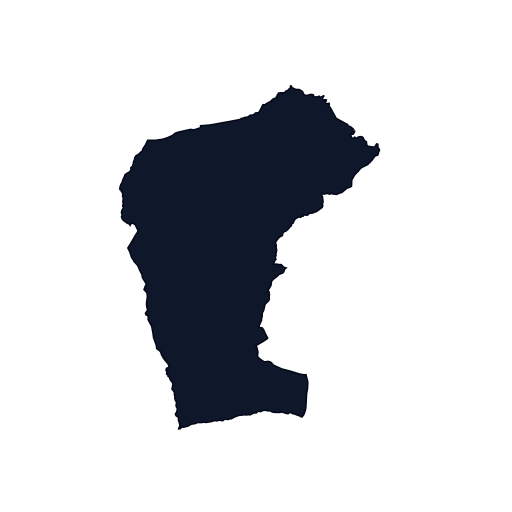 the district of Sogamoso, Boyacá, Colombia, rotated 54°
{"feature_id": "7082276B30941570566225", "entity_name": "Sogamoso", "entity_type": "district", "adm_level": 2, "iso_a3": "COL", "parent_name": "Colombia", "parent_adm1": "Boyacá", "projection": "robinson", "projection_center": [-72.881, 5.676], "detail": "fine", "context": "isolated", "style": "filled", "palette": "ink", "viewbox_px": 512, "rotation_deg": 54, "n_neighbors": 0, "source": "geoboundaries", "source_scale": "gbopen_adm2", "svg_char_len": 6144}
<svg xmlns="http://www.w3.org/2000/svg" viewBox="0 0 512 512"><g transform="rotate(54 256 256)"><path d="M217.4,366.4L221.9,365.8L222.4,366.4L223.5,366.8L227.0,369.4L227.3,370.2L228.2,370.6L228.8,371.5L230.5,372.8L232.5,374.1L235.7,375.3L236.5,376.5L237.0,378.4L237.5,379.2L239.1,379.6L240.7,378.5L243.2,379.8L243.9,380.7L251.5,381.7L258.4,385.0L261.8,386.9L268.5,388.8L271.2,389.9L272.5,390.8L276.6,389.6L278.2,389.7L280.3,390.5L282.9,390.7L284.6,391.1L285.2,390.8L287.1,391.0L288.8,390.7L289.4,390.4L290.0,390.8L290.9,390.4L292.1,390.4L292.4,390.9L293.0,390.6L293.7,391.2L294.3,391.3L294.9,392.0L294.3,393.9L294.3,394.4L295.3,395.9L296.4,396.0L297.8,396.6L298.8,397.7L300.4,397.3L301.6,397.9L302.9,397.4L306.3,398.2L308.5,398.0L310.6,398.3L314.2,402.1L315.3,402.3L316.6,401.9L317.1,402.2L318.7,402.2L320.0,403.5L321.8,404.1L323.3,405.3L325.6,406.2L327.2,406.1L327.8,406.4L329.7,408.4L330.7,409.0L332.7,409.2L333.9,409.9L335.6,412.0L336.0,412.7L336.2,413.8L336.6,414.2L338.1,414.6L340.5,413.8L341.6,413.9L343.6,415.5L345.8,416.0L348.5,417.3L349.2,418.0L349.5,419.2L350.4,420.2L351.2,418.7L350.9,417.2L351.0,416.3L352.0,415.1L353.6,411.2L353.9,409.4L353.7,407.6L354.3,407.1L354.7,405.7L355.7,404.2L356.3,401.4L358.5,398.3L360.4,395.0L361.2,394.5L363.9,389.1L365.0,385.9L366.2,384.9L367.6,381.7L369.7,379.9L369.7,377.7L370.1,376.5L371.9,374.8L372.4,372.6L373.1,371.9L373.9,366.6L374.6,364.9L374.6,364.1L378.0,358.2L379.0,357.3L379.6,355.8L381.0,354.3L381.6,350.8L382.2,349.3L383.1,348.1L382.9,345.5L383.6,344.6L384.6,343.9L385.2,340.9L386.7,338.6L388.2,337.6L389.2,336.0L390.2,335.2L391.7,334.6L393.8,332.5L396.6,328.7L397.3,326.9L401.6,323.7L402.5,322.5L402.4,321.2L402.7,320.1L405.3,318.9L406.5,317.7L409.4,315.9L410.5,314.9L412.6,314.1L413.3,313.1L412.4,310.5L411.1,308.5L409.4,306.2L407.5,304.4L397.4,296.2L393.5,292.2L389.3,288.8L387.6,287.8L381.3,285.3L380.2,287.1L376.7,290.4L369.7,295.6L362.5,301.5L354.6,306.0L351.2,306.3L349.5,307.1L348.1,308.5L346.8,311.2L346.0,311.7L342.4,313.1L338.4,313.9L337.7,313.5L334.9,310.9L331.0,309.2L329.4,308.8L328.5,309.0L329.4,299.3L329.5,295.9L329.3,294.8L323.7,294.0L320.4,293.2L317.8,293.2L316.3,294.8L315.4,295.2L314.7,294.8L313.8,293.7L311.3,289.3L309.9,288.2L308.8,286.8L305.8,284.4L304.4,281.6L300.8,277.6L300.2,276.1L299.7,272.3L298.8,270.6L296.8,269.4L295.2,267.8L293.9,267.4L293.2,266.7L292.8,266.5L291.7,266.9L291.2,266.6L290.5,265.5L288.9,261.7L288.2,260.7L285.6,258.3L285.0,255.6L284.9,250.5L284.4,248.4L285.3,245.1L285.4,243.6L285.0,242.6L283.6,240.9L283.4,238.6L281.2,240.2L277.8,240.6L276.2,242.7L274.5,244.2L273.0,246.7L271.0,244.0L270.4,241.8L269.6,241.8L268.0,240.7L267.6,239.6L266.5,239.1L263.3,235.7L261.1,234.9L260.0,233.7L258.3,232.9L257.1,232.6L256.2,231.9L254.7,227.2L254.6,224.9L255.0,222.7L253.2,220.7L252.9,219.5L253.5,216.8L253.3,214.7L252.4,211.3L252.4,210.2L252.1,209.4L251.1,209.5L251.2,206.8L250.5,205.4L249.7,204.8L249.8,203.9L249.1,203.1L249.1,202.5L249.5,198.4L251.0,197.1L250.8,195.3L251.5,194.5L251.1,192.6L252.8,191.2L253.3,189.6L252.9,188.4L252.9,187.9L253.3,186.8L254.3,185.5L254.9,183.6L254.9,182.8L255.6,181.4L255.6,173.9L254.6,172.4L252.9,171.6L251.6,169.9L246.8,167.2L245.8,167.2L244.2,166.0L244.6,165.3L245.9,164.8L246.8,162.5L247.8,161.0L249.3,160.2L249.7,158.2L250.8,157.6L253.6,154.5L254.2,151.7L255.1,149.1L254.6,142.4L255.4,140.1L255.8,137.9L253.8,136.1L251.9,134.8L250.6,133.5L248.2,128.0L248.1,126.6L247.7,125.3L247.7,124.1L246.6,120.0L246.7,117.6L247.7,112.0L247.5,110.7L246.9,109.5L247.4,109.0L246.8,107.8L246.9,106.3L245.2,101.5L245.2,100.2L245.9,98.7L245.8,97.9L243.9,95.6L243.1,93.9L241.6,93.4L239.9,93.6L237.3,91.8L236.8,91.8L236.2,92.6L237.2,95.0L237.2,96.6L233.4,100.5L232.7,101.0L231.5,101.2L228.4,99.5L226.4,100.4L223.3,99.8L222.1,100.0L220.7,101.4L220.0,102.8L219.8,103.6L220.1,105.4L217.8,106.3L218.1,108.3L217.4,109.0L215.4,108.7L214.0,108.9L213.9,108.5L214.3,108.3L213.2,107.0L214.3,106.4L214.6,105.7L213.5,103.2L212.8,102.8L211.7,105.0L211.3,104.3L210.5,104.1L210.8,102.6L206.9,103.5L204.9,105.1L203.6,104.6L191.8,110.2L179.9,108.7L177.3,108.7L176.4,107.5L175.5,107.1L175.0,107.6L174.3,109.5L173.8,109.9L172.5,109.6L171.5,107.6L171.1,107.3L170.6,107.7L169.6,109.4L168.9,109.8L168.2,109.8L167.3,109.3L166.7,107.4L166.4,107.0L166.1,107.1L165.5,110.4L164.8,111.1L163.8,111.0L163.2,113.0L161.2,115.8L160.4,116.0L159.9,114.9L159.5,114.8L158.1,115.8L157.5,116.6L156.2,120.0L154.8,121.9L153.7,122.2L152.4,122.2L150.6,121.7L149.0,122.1L146.6,123.3L145.0,125.4L144.0,126.3L142.0,127.2L141.3,128.2L140.8,128.2L139.7,127.5L139.3,128.0L139.0,127.7L138.7,128.1L140.4,129.5L140.1,130.6L140.5,130.7L140.6,131.7L140.5,134.0L140.2,134.9L140.4,135.0L140.4,137.6L139.6,138.4L139.8,139.1L139.1,139.2L138.7,140.0L138.2,140.2L137.9,141.4L137.4,142.0L138.0,142.6L137.9,143.2L138.6,143.7L138.3,144.2L138.9,144.7L139.0,145.7L140.1,146.3L139.3,148.5L139.0,150.4L139.5,153.5L139.0,157.2L138.7,157.8L139.0,159.2L138.8,160.0L137.9,161.0L137.7,161.6L141.2,168.4L141.4,169.7L141.1,170.5L139.9,172.5L140.3,173.9L140.2,174.8L139.6,176.7L138.7,177.8L138.7,181.0L137.0,184.2L137.0,185.4L136.7,186.3L135.9,187.0L136.5,187.9L132.0,197.5L122.9,216.3L118.0,224.3L119.6,225.4L117.5,232.0L115.1,234.5L109.9,246.5L109.1,249.3L109.4,252.6L108.2,258.2L106.7,262.8L103.3,269.3L98.7,275.6L101.2,280.2L102.8,284.6L104.1,286.0L104.3,288.8L104.7,290.6L104.3,294.2L104.9,294.9L104.9,296.0L106.4,297.5L108.3,300.4L109.5,301.0L109.7,301.9L110.8,303.0L110.9,305.0L111.1,305.5L112.9,306.5L113.6,309.4L113.2,311.7L113.3,314.4L114.2,315.4L115.7,318.3L118.0,321.4L118.5,323.0L120.2,325.4L121.8,326.9L122.5,327.0L123.6,326.4L124.5,327.0L126.7,326.9L129.4,328.9L131.2,329.4L134.1,332.1L135.4,332.1L136.4,334.0L137.1,334.2L137.5,334.7L138.4,334.5L139.0,334.8L140.2,337.6L141.8,339.4L144.2,340.2L145.2,341.8L146.4,342.0L146.8,342.4L149.5,342.3L154.0,340.8L155.3,339.8L157.2,339.8L156.3,338.5L156.9,336.6L159.6,335.3L165.6,336.4L166.3,336.8L167.1,338.0L168.3,341.3L170.9,347.0L174.2,355.0L178.6,355.7L184.0,357.5L187.2,357.6L188.6,357.9L194.2,357.3L199.4,358.5L204.2,359.2L205.5,360.1L207.5,360.7L214.4,361.2L215.0,362.9L217.4,366.4Z" fill="#0f172a" stroke="#020617" stroke-width="1.5"/></g></svg>